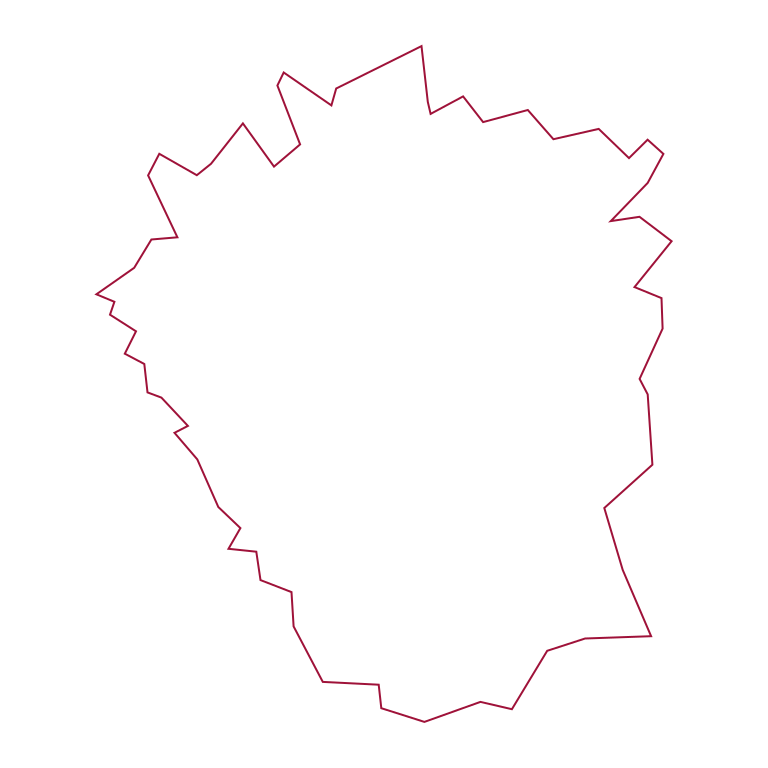 outline of Madison, Kentucky, United States of America
{"feature_id": "52423323B91940214959831", "entity_name": "Madison", "entity_type": "district", "adm_level": 2, "iso_a3": "USA", "parent_name": "United States of America", "parent_adm1": "Kentucky", "projection": "equal_earth", "projection_center": [-84.298, 37.716], "detail": "fine", "context": "isolated", "style": "outline", "palette": "rose", "viewbox_px": 768, "rotation_deg": 0, "n_neighbors": 0, "source": "geoboundaries", "source_scale": "gbopen_adm2", "svg_char_len": 901}
<svg xmlns="http://www.w3.org/2000/svg" viewBox="0 0 768 768"><path d="M663.4,153.9L647.6,139.7L629.0,158.1L598.7,128.9L553.4,139.2L527.8,110.0L483.1,122.1L463.1,96.4L430.6,113.9L427.8,101.9L421.5,46.1L336.2,88.5L331.4,105.4L283.7,72.5L277.4,85.5L300.1,144.4L274.0,166.6L242.9,123.4L211.0,163.8L196.8,175.2L159.3,153.8L148.1,175.4L177.4,237.3L151.4,239.5L134.2,267.8L96.4,294.3L114.4,301.8L110.0,314.7L136.0,331.3L124.8,353.7L144.3,364.0L147.5,392.4L161.4,397.6L187.9,425.9L174.5,432.8L197.3,459.4L218.3,507.0L240.4,528.1L228.5,548.8L256.3,551.7L260.5,580.1L291.5,592.1L293.6,626.4L322.8,681.9L378.7,684.7L381.3,708.2L424.4,721.9L480.4,701.9L511.9,709.2L547.2,650.8L585.1,638.5L651.1,636.2L622.7,569.9L604.3,508.0L652.4,464.7L647.7,394.4L639.6,378.9L662.6,328.6L661.5,298.1L634.5,287.1L671.6,241.2L639.5,216.8L610.8,221.1L647.7,182.9L663.4,153.9Z" fill="none" stroke="#9f1239" stroke-width="2"/></svg>